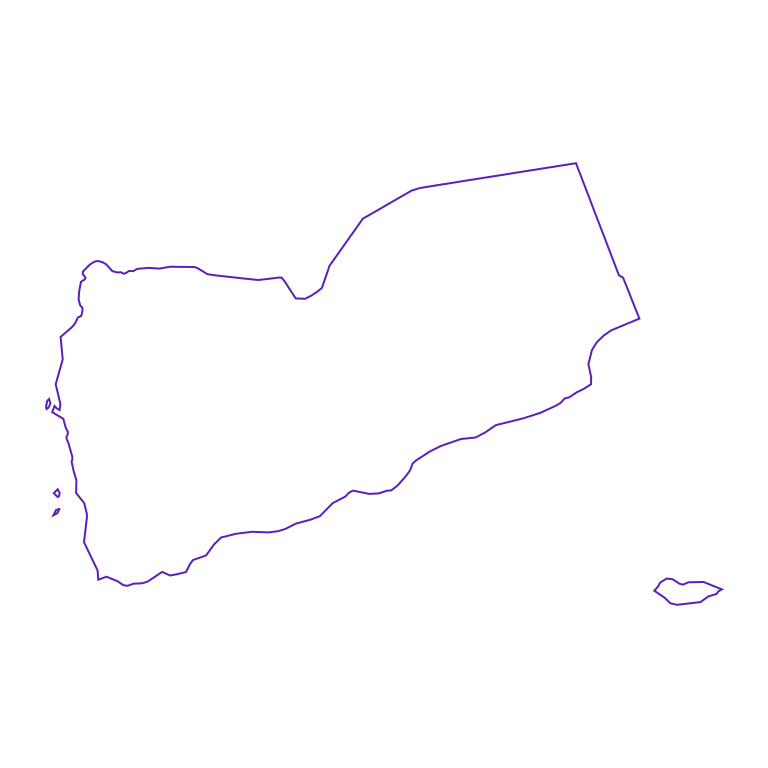 the border of Yemen
{"feature_id": "YEM", "entity_name": "Yemen", "entity_type": "country or territory", "adm_level": 0, "iso_a3": "YEM", "parent_name": "Asia", "parent_adm1": "", "projection": "natural_earth1", "projection_center": [47.23, 15.658], "detail": "fine", "context": "isolated", "style": "outline", "palette": "violet", "viewbox_px": 768, "rotation_deg": 0, "n_neighbors": 0, "source": "natural_earth", "source_scale": "50m", "svg_char_len": 2762}
<svg xmlns="http://www.w3.org/2000/svg" viewBox="0 0 768 768"><path d="M639.4,318.6L611.1,330.4L603.7,335.6L596.9,342.1L591.9,350.1L588.4,364.3L591.2,377.3L591.0,384.3L583.7,388.9L576.9,392.2L569.3,397.3L564.6,398.5L560.9,402.6L556.5,405.4L540.7,412.7L523.4,418.3L495.9,425.1L485.3,432.4L475.6,437.5L460.9,439.0L440.8,446.0L429.6,451.6L415.7,460.7L412.6,463.6L410.1,470.3L405.9,476.1L397.5,485.6L391.2,490.4L387.0,490.7L378.8,493.4L369.1,493.9L352.9,490.6L348.7,492.9L345.3,496.6L332.7,503.1L320.0,516.1L310.7,519.6L295.6,523.7L285.0,529.1L277.9,531.2L268.8,532.4L251.9,531.8L235.9,533.8L221.1,537.5L214.1,544.4L206.1,555.4L193.1,560.0L190.1,563.9L186.0,572.0L177.6,574.1L170.0,575.5L162.2,571.9L147.5,581.7L142.0,583.3L133.5,583.7L127.6,585.8L123.3,585.2L117.9,581.4L106.6,576.7L98.3,579.7L97.6,570.5L84.0,542.2L86.9,517.6L86.9,514.1L84.2,503.1L76.1,493.0L76.4,480.3L73.7,471.2L71.6,461.8L72.3,459.3L72.4,457.1L68.3,442.6L66.9,439.7L66.4,436.7L67.8,434.4L67.8,431.7L65.6,427.3L63.3,418.8L52.2,412.2L54.5,406.0L56.6,408.2L59.6,410.1L60.2,406.1L60.2,403.1L55.7,384.3L62.7,359.4L60.6,336.9L71.2,327.8L73.8,325.1L75.4,322.7L77.9,317.5L81.3,315.9L82.5,310.5L82.4,307.8L80.2,305.5L78.6,299.2L79.2,291.2L79.8,287.8L81.0,281.8L84.7,279.5L85.5,277.7L82.7,273.8L83.0,271.5L89.3,265.1L91.8,263.2L95.8,261.2L99.0,261.2L102.6,262.3L105.9,264.1L109.0,267.4L112.3,271.1L117.5,272.5L120.9,272.2L123.8,273.8L126.2,272.9L128.9,271.0L133.3,271.1L137.2,268.9L148.4,267.9L159.2,268.6L170.4,266.7L181.7,266.9L193.0,267.0L195.5,267.3L198.0,268.4L207.5,274.2L214.7,275.3L229.3,276.9L244.8,278.6L258.3,280.0L269.7,278.7L279.2,277.5L281.7,277.7L284.6,281.3L290.3,290.1L295.7,298.4L305.1,298.8L311.2,295.7L317.8,291.3L321.9,287.9L326.6,274.4L329.6,265.6L336.6,255.8L342.4,247.6L350.1,236.7L354.4,230.7L362.8,218.7L370.9,214.1L386.4,205.1L401.7,196.3L411.6,190.6L420.0,188.0L434.2,185.7L450.8,183.1L467.4,180.4L485.2,177.6L504.9,174.5L518.5,172.3L535.7,169.6L550.1,167.3L562.9,165.3L576.0,163.2L578.5,169.8L581.1,176.4L583.6,183.0L586.1,189.6L588.7,196.2L591.2,202.9L593.7,209.5L596.2,216.1L598.8,222.7L601.3,229.3L603.9,235.9L606.4,242.5L608.9,249.1L611.5,255.8L614.0,262.4L616.5,269.0L619.0,275.4L623.0,277.6L625.5,283.7L629.0,292.4L632.4,301.1L635.9,309.9L639.4,318.6ZM679.6,583.8L683.1,584.6L688.3,582.3L703.6,582.0L721.9,589.4L718.5,591.3L716.4,594.0L708.4,596.4L700.4,602.1L677.2,604.8L670.4,603.3L664.7,597.8L654.3,590.7L658.4,586.1L659.2,584.1L660.8,582.1L666.6,578.6L672.5,579.2L679.6,583.8ZM59.1,495.6L58.3,497.0L57.3,496.7L53.8,493.2L57.7,489.3L59.7,492.9L59.1,495.6ZM48.4,407.6L46.6,409.0L46.1,406.5L47.3,400.7L49.1,399.0L50.4,403.3L49.5,405.7L48.4,407.6ZM57.2,513.3L53.4,515.3L56.0,510.1L58.6,509.0L59.4,509.2L57.2,513.3Z" fill="none" stroke="#5b21b6" stroke-width="2"/></svg>